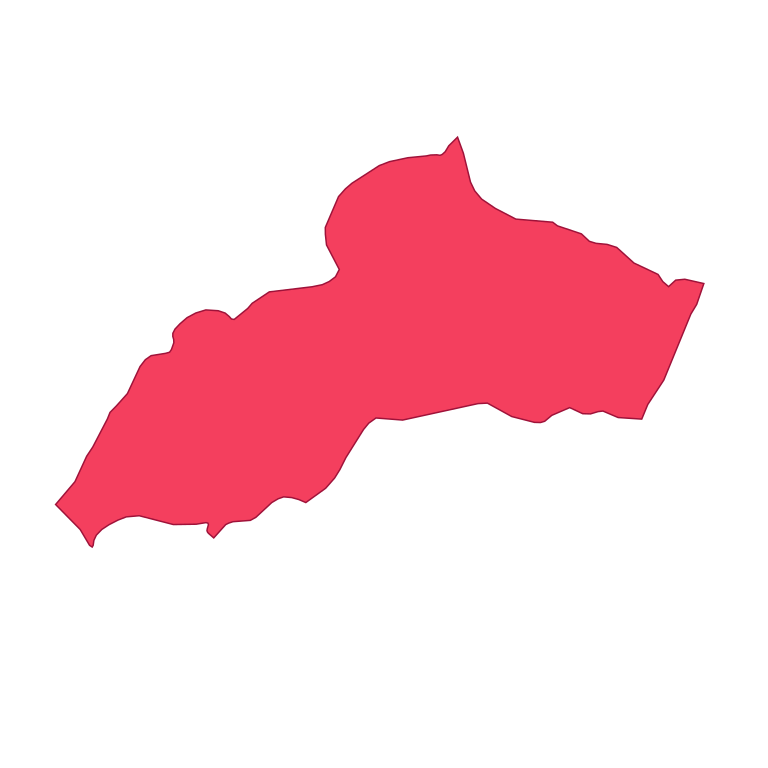 Panjshir, Natural Earth projection, rotated 201°
{"feature_id": "AFG-1769", "entity_name": "Panjshir", "entity_type": "Province", "adm_level": 1, "iso_a3": "AFG", "parent_name": "Afghanistan", "parent_adm1": "", "projection": "natural_earth1", "projection_center": [69.851, 35.487], "detail": "fine", "context": "isolated", "style": "filled", "palette": "rose", "viewbox_px": 768, "rotation_deg": 201, "n_neighbors": 0, "source": "natural_earth", "source_scale": "10m", "svg_char_len": 1755}
<svg xmlns="http://www.w3.org/2000/svg" viewBox="0 0 768 768"><g transform="rotate(201 384 384)"><path d="M598.0,127.2L601.1,127.9L615.5,139.3L647.4,153.8L637.5,182.1L635.7,210.0L633.3,220.8L629.7,252.3L629.6,259.3L626.0,267.6L620.1,283.1L618.0,312.9L615.5,321.2L611.6,327.0L599.0,334.3L595.6,336.8L594.8,340.0L595.0,347.2L596.3,350.2L598.2,352.7L599.3,355.7L598.8,360.4L596.0,367.2L591.6,375.4L585.2,382.8L576.9,389.3L565.0,393.0L557.7,393.3L552.6,391.5L549.7,390.0L547.0,390.6L538.3,405.7L536.0,412.1L524.1,428.9L486.0,449.0L477.2,454.6L471.9,460.0L467.7,466.7L466.8,474.9L487.5,493.2L492.4,502.8L494.9,509.1L493.6,542.7L489.9,552.5L485.9,559.9L466.7,586.2L458.5,593.6L442.8,603.8L426.2,612.1L422.5,614.5L416.8,616.9L413.6,617.6L411.9,619.2L410.1,622.8L408.9,629.6L403.8,640.8L392.6,627.9L375.6,603.5L368.5,596.8L359.1,591.6L342.9,587.8L320.0,585.2L284.5,595.5L278.8,593.8L253.5,594.9L243.4,590.8L236.5,591.3L225.7,594.3L215.7,594.9L194.0,586.5L167.4,584.5L160.4,579.5L153.2,576.9L148.9,585.5L140.7,589.6L121.4,592.4L120.6,570.4L122.6,559.2L124.2,487.9L130.4,459.4L130.8,443.6L153.4,436.6L169.9,437.2L174.3,434.9L180.5,430.1L187.8,427.5L202.2,428.5L216.1,414.9L220.6,406.8L224.1,404.1L229.8,402.1L253.1,399.4L280.6,403.2L289.2,399.4L353.7,357.0L379.3,349.4L384.2,342.0L386.8,334.2L393.2,301.6L394.5,288.4L396.4,278.5L401.1,265.8L414.5,245.3L422.2,245.6L429.4,244.9L437.2,242.7L441.7,238.9L446.3,233.1L455.8,213.7L459.9,208.8L475.7,201.3L479.2,198.4L481.4,196.0L487.8,179.3L494.4,181.7L495.7,182.5L496.7,183.6L497.1,185.4L497.5,189.7L498.5,191.0L500.5,190.8L509.1,185.8L530.3,177.3L565.3,173.3L577.0,167.6L583.5,161.7L590.3,154.1L595.3,147.1L598.4,139.8L598.8,134.0L597.7,129.2L598.0,127.2Z" fill="#f43f5e" stroke="#9f1239" stroke-width="1.5"/></g></svg>